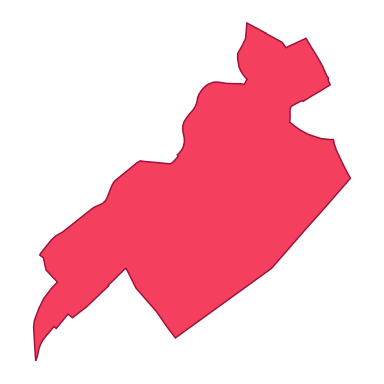 the district of Mina Al-Basal, Al Iskandariyah, Egypt
{"feature_id": "37247803B6072823038125", "entity_name": "Mina Al-Basal", "entity_type": "district", "adm_level": 2, "iso_a3": "EGY", "parent_name": "Egypt", "parent_adm1": "Al Iskandariyah", "projection": "mercator", "projection_center": [29.876, 31.167], "detail": "fine", "context": "isolated", "style": "filled", "palette": "rose", "viewbox_px": 384, "rotation_deg": 0, "n_neighbors": 0, "source": "geoboundaries", "source_scale": "gbopen_adm2", "svg_char_len": 2356}
<svg xmlns="http://www.w3.org/2000/svg" viewBox="0 0 384 384"><path d="M246.9,23.0L245.5,38.7L242.3,45.5L237.7,53.4L237.6,58.4L239.0,66.9L240.7,70.8L242.8,74.2L245.3,77.4L247.1,79.2L245.9,81.3L244.3,84.4L240.6,83.7L234.5,83.7L226.7,83.4L217.2,82.0L215.6,82.2L215.3,82.1L215.0,82.0L214.0,82.2L212.3,82.6L208.4,84.2L206.0,85.7L203.3,88.2L200.8,91.4L198.9,94.5L197.7,97.5L197.1,101.2L196.3,104.1L195.2,106.5L193.8,108.9L192.5,110.6L191.1,112.1L189.0,114.6L186.5,117.9L184.8,120.6L184.3,121.3L183.9,122.1L183.0,125.2L182.6,128.0L183.1,132.3L184.2,137.7L184.4,141.6L183.5,146.1L182.8,147.9L181.3,150.5L178.7,153.7L177.3,155.0L177.8,155.6L178.3,156.2L176.7,158.1L173.3,161.7L171.3,163.5L169.6,163.8L155.2,162.4L141.9,161.2L140.7,160.7L136.9,162.8L132.9,166.1L120.8,176.0L115.0,180.7L113.9,182.1L112.1,185.0L108.7,193.6L106.9,198.2L105.7,200.4L102.8,203.3L100.8,204.4L94.7,207.0L92.4,208.4L62.5,232.1L55.9,235.8L51.2,240.1L41.2,252.6L39.7,255.0L41.9,256.7L43.3,257.6L44.1,261.2L46.1,270.1L49.9,274.1L56.4,281.0L56.8,281.4L57.4,282.1L51.4,288.4L48.7,292.0L44.0,298.1L38.9,308.3L34.4,320.5L33.6,327.4L33.6,327.5L35.4,356.6L35.7,361.0L35.7,360.9L37.3,356.5L38.2,352.4L39.1,348.2L39.9,346.2L41.2,343.0L42.6,340.5L44.8,337.5L49.4,332.0L53.9,326.6L55.6,327.8L55.9,328.2L56.2,328.5L66.9,315.5L67.4,314.8L68.0,314.0L72.4,317.8L80.8,311.3L86.6,306.8L108.7,285.8L108.4,285.5L108.1,285.3L114.3,279.4L116.2,277.5L124.0,269.8L126.1,268.3L130.7,277.5L136.0,288.1L156.4,311.5L167.0,326.8L175.4,337.9L235.8,294.2L258.9,277.5L271.4,268.5L305.3,229.6L324.1,208.5L324.6,208.0L325.0,207.5L350.4,178.3L348.9,175.5L347.8,173.5L347.7,173.4L343.2,164.7L341.0,160.0L336.3,150.0L334.1,143.5L333.5,139.6L333.1,139.5L332.7,139.5L330.6,139.6L321.0,138.6L313.3,136.1L308.4,134.4L304.9,132.6L300.3,130.1L294.5,126.0L289.7,122.2L289.9,120.2L290.1,116.9L290.0,110.0L290.9,107.1L291.0,106.8L291.1,106.5L291.1,106.4L296.2,103.6L302.1,100.5L302.6,101.0L303.1,101.4L305.4,99.9L311.3,96.3L314.2,94.5L318.3,92.1L318.6,92.0L329.2,85.5L330.1,84.9L329.7,83.4L328.4,81.0L328.3,77.7L327.2,76.5L326.9,76.0L326.6,75.4L325.3,72.5L324.8,71.2L324.4,70.4L324.0,69.6L322.5,66.0L316.6,55.7L315.3,53.6L311.0,46.7L308.8,43.0L306.0,38.3L294.2,43.8L286.4,47.4L286.1,47.6L285.9,47.7L283.5,44.2L282.1,42.3L281.8,42.1L281.4,41.9L265.6,33.4L265.8,33.1L246.9,23.0Z" fill="#f43f5e" stroke="#9f1239" stroke-width="1.5"/></svg>